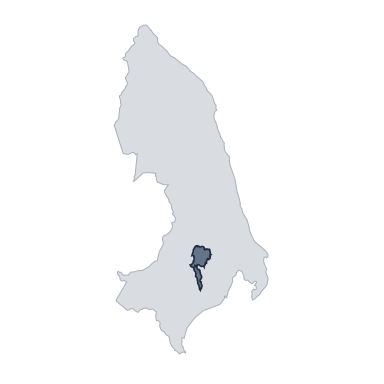 location of Alto Amazonas, Loreto, Peru, rotated 185°
{"feature_id": "86281439B99905701957938", "entity_name": "Alto Amazonas", "entity_type": "district", "adm_level": 2, "iso_a3": "PER", "parent_name": "Peru", "parent_adm1": "Loreto", "projection": "equal_earth", "projection_center": [-76.069, -4.915], "detail": "fine", "context": "in_parent", "style": "filled", "palette": "slate", "viewbox_px": 384, "rotation_deg": 185, "n_neighbors": 0, "source": "geoboundaries", "source_scale": "gbopen_adm2", "svg_char_len": 8584}
<svg xmlns="http://www.w3.org/2000/svg" viewBox="0 0 384 384"><g transform="rotate(185 192 192)"><path d="M259.4,104.7L259.3,105.9L258.2,106.5L257.2,105.6L255.8,105.9L253.6,103.2L248.4,103.6L246.0,106.8L242.6,107.4L238.8,108.9L234.5,109.5L227.7,114.5L226.2,116.6L223.1,119.6L220.6,120.6L219.4,129.7L217.0,135.0L216.0,138.0L217.3,142.4L217.3,144.5L215.9,146.3L214.8,146.5L212.5,148.3L209.0,152.4L208.4,155.5L209.5,159.6L209.1,160.0L206.3,160.8L206.4,163.1L205.8,164.0L208.2,167.2L209.5,168.0L209.6,168.8L209.3,169.7L208.8,170.0L208.8,170.7L210.5,173.2L211.7,178.0L214.2,180.4L214.3,182.0L215.0,183.5L216.3,184.7L219.3,189.5L219.4,191.8L216.2,197.0L221.4,197.0L227.1,198.7L227.9,199.6L228.6,201.9L228.7,203.4L229.8,204.7L229.7,207.5L237.3,207.5L242.2,206.8L250.1,198.2L251.4,197.4L250.7,199.3L250.6,200.7L251.0,202.2L250.1,204.3L249.9,225.4L251.3,224.2L253.2,226.2L254.5,226.3L258.9,223.9L263.9,224.3L275.4,251.8L274.4,253.6L274.4,255.0L273.0,256.2L271.5,258.4L271.3,269.3L270.1,272.6L270.8,274.3L271.4,277.8L272.4,279.8L272.7,281.2L272.5,281.7L270.9,282.8L270.8,284.8L267.8,288.7L267.3,291.3L266.2,292.2L265.9,295.1L268.5,299.9L266.8,302.8L265.2,307.0L267.7,315.9L268.8,317.2L270.0,317.1L271.7,317.9L272.6,319.2L270.4,320.9L270.1,321.7L270.2,324.6L267.8,326.8L264.7,332.4L263.8,332.7L262.2,334.3L261.9,335.2L262.2,336.0L263.5,337.6L263.6,339.7L261.3,342.2L259.8,342.4L259.2,343.1L259.8,346.5L259.7,348.1L259.2,349.9L258.1,351.9L254.7,354.0L251.7,354.3L246.6,349.2L245.0,347.1L239.9,342.8L239.1,338.2L237.4,336.0L234.3,334.3L231.8,332.0L229.9,330.9L225.3,325.7L221.1,324.1L213.2,318.7L209.0,316.9L203.5,311.8L200.6,310.4L198.2,308.1L191.0,303.0L189.9,301.4L188.8,298.9L187.2,297.4L185.4,294.0L182.8,292.0L180.2,289.3L177.1,282.2L175.6,280.5L175.5,277.3L174.4,275.8L176.0,274.7L176.9,269.6L176.4,267.1L172.8,260.3L172.1,257.4L169.4,252.2L168.4,249.0L166.3,246.8L165.4,244.8L164.2,243.9L164.1,241.5L163.3,236.9L162.1,234.6L157.9,230.3L157.4,225.6L156.5,222.3L150.5,209.0L147.1,196.3L144.2,189.1L143.0,185.0L142.9,182.9L140.7,179.1L139.5,175.6L134.7,168.9L131.9,161.5L131.5,159.3L129.6,155.2L126.5,149.9L124.9,147.8L115.6,141.3L111.2,137.2L110.7,135.2L110.9,134.0L111.9,132.9L113.2,133.7L114.0,133.4L114.7,131.9L114.7,129.7L113.8,126.9L110.8,121.4L111.6,118.9L108.6,112.5L109.3,106.3L110.0,104.7L114.5,98.4L115.7,95.7L117.6,94.0L119.6,91.5L122.0,89.6L122.6,90.2L123.4,93.6L123.2,95.8L123.9,98.3L122.3,100.6L120.5,100.1L119.8,100.7L119.5,101.7L119.8,103.5L120.3,104.2L121.6,104.2L119.8,107.5L120.0,108.2L121.2,108.8L122.4,107.9L123.7,106.1L124.4,105.8L129.0,109.0L131.1,108.6L132.7,110.1L132.9,112.5L135.2,117.1L138.6,118.2L139.1,117.8L139.9,116.1L140.7,115.8L140.8,113.3L143.7,110.5L144.2,108.7L143.7,107.4L143.8,106.3L145.5,100.3L146.1,99.6L146.6,97.7L147.3,96.5L148.2,89.7L149.0,89.8L149.8,91.4L150.7,90.9L150.2,89.4L150.4,88.9L153.6,83.5L154.7,82.3L170.3,74.8L178.2,67.1L185.1,56.3L187.2,45.5L188.0,46.2L189.3,46.0L188.9,41.6L189.2,39.5L189.1,38.9L187.0,36.3L186.1,33.4L184.3,31.8L184.3,31.1L186.3,31.8L188.1,31.5L189.7,29.7L190.8,29.8L193.4,32.3L195.3,32.5L195.9,34.3L197.7,35.6L200.4,39.3L201.6,43.4L201.5,44.2L202.7,46.3L205.2,47.4L207.7,50.4L210.4,51.3L211.6,54.0L212.3,54.9L212.6,56.4L212.2,58.3L212.6,59.2L214.6,60.9L216.2,60.9L216.6,61.7L217.5,66.2L216.9,68.5L217.1,69.7L219.3,70.8L220.0,71.8L221.7,72.0L224.2,71.0L227.2,72.4L229.6,71.9L230.7,71.5L231.8,70.5L232.7,70.6L235.1,67.7L235.8,67.5L238.3,68.7L240.5,70.7L243.1,70.3L244.3,69.1L246.2,68.4L249.7,70.9L250.4,72.0L251.4,72.2L255.1,74.6L255.8,75.6L257.8,76.5L258.2,77.3L258.0,78.2L249.2,96.6L251.9,98.1L254.5,97.2L255.8,98.4L256.7,101.4L258.7,103.4L259.4,104.7Z" fill="#d9dde1" stroke="#a8b0b8" stroke-width="1"/><path d="M186.0,131.4L186.1,130.9L186.3,130.3L186.4,129.4L186.6,128.6L186.0,128.9L185.7,128.9L185.3,128.7L185.0,128.6L184.5,128.4L184.5,128.2L184.7,127.9L184.3,127.6L184.1,127.4L184.1,127.2L184.4,126.7L184.3,126.2L184.0,125.5L184.0,124.9L184.0,124.6L184.4,124.1L184.2,123.6L184.2,123.3L184.3,123.3L184.7,123.3L184.8,123.0L184.8,122.8L184.8,122.6L184.4,122.1L184.5,121.8L185.8,120.4L186.1,119.7L186.4,119.4L186.7,119.2L187.2,119.3L187.5,119.3L187.2,118.5L187.0,118.2L186.8,117.9L186.1,117.5L185.8,117.3L185.6,117.3L184.9,117.3L184.7,117.2L184.3,117.1L184.1,117.1L183.8,117.1L183.7,117.0L183.5,116.7L183.5,116.4L183.6,116.2L183.8,115.7L183.0,115.0L183.0,114.9L183.1,114.6L183.0,114.0L182.8,113.7L182.0,113.1L181.6,112.9L181.4,112.8L181.3,112.3L181.4,111.7L181.3,111.2L181.2,111.1L180.9,111.0L180.8,110.9L181.0,110.2L181.0,109.7L181.0,109.3L181.1,109.0L181.1,108.9L181.2,108.6L181.1,108.2L180.8,107.9L180.2,107.4L180.0,107.2L179.7,107.1L179.5,106.9L179.2,106.4L179.0,105.8L179.2,105.4L179.2,105.1L179.1,104.4L178.5,103.8L178.4,103.7L178.4,103.4L178.5,102.7L178.5,102.1L178.4,102.0L178.3,101.8L178.3,101.4L178.2,101.2L177.9,101.2L177.5,100.5L177.5,100.1L177.4,99.8L177.2,99.6L177.0,99.3L176.7,99.1L176.7,98.7L176.6,98.4L176.6,97.9L176.6,97.5L176.5,97.3L176.2,96.9L176.1,96.7L176.1,95.9L175.9,95.9L175.8,96.1L175.7,96.2L175.7,95.7L175.6,95.3L175.5,95.1L175.3,95.1L175.2,95.1L175.0,94.8L174.9,95.5L174.9,95.9L175.0,96.1L174.9,96.4L174.7,96.5L174.4,96.5L174.2,96.7L174.3,97.3L174.1,97.9L173.9,98.1L173.8,98.5L173.8,99.2L173.9,99.8L174.1,100.2L174.2,100.5L174.7,101.3L174.8,101.7L174.8,102.0L175.0,102.5L175.5,102.9L175.5,103.0L175.3,103.2L175.2,103.3L175.6,103.4L175.9,103.7L176.2,103.8L176.1,104.0L176.1,104.4L176.3,104.8L176.3,105.0L176.3,105.3L176.0,105.6L175.7,105.9L175.4,106.2L175.4,106.4L175.4,106.6L175.1,106.9L175.1,107.1L175.3,107.3L175.3,107.5L175.2,107.6L174.9,107.9L174.9,108.1L174.9,108.3L175.1,108.7L175.2,109.1L175.4,109.7L175.8,109.9L175.9,110.2L176.3,110.4L176.3,110.5L176.1,110.5L176.5,111.4L176.7,111.6L176.6,112.5L176.8,112.7L177.1,112.8L177.2,113.1L177.1,113.9L177.1,114.2L177.1,114.4L177.5,114.8L178.0,114.6L178.3,115.2L178.4,115.4L179.0,115.1L179.3,115.7L179.4,115.8L179.6,115.9L179.8,116.1L180.2,116.6L180.4,116.8L181.1,117.3L181.5,117.7L181.6,117.9L182.0,118.0L182.6,118.4L182.7,118.6L182.7,119.1L182.2,118.7L181.3,118.9L180.8,119.2L180.7,119.2L180.6,118.8L180.4,118.7L180.4,119.9L180.2,119.8L179.8,119.8L179.6,119.9L179.4,120.2L179.0,120.2L178.8,120.1L178.4,119.9L177.4,119.0L176.9,118.7L176.0,118.7L175.2,118.8L174.9,118.9L174.4,118.9L174.0,119.3L173.8,119.3L173.7,119.3L173.7,119.2L173.7,118.7L173.5,118.4L173.3,118.1L173.3,118.3L173.3,118.6L173.4,119.5L173.2,119.8L173.0,120.0L172.8,120.2L172.8,120.5L172.6,120.7L172.6,120.8L172.7,121.1L172.7,121.3L172.6,121.5L172.4,121.5L172.5,122.2L172.6,122.6L172.4,122.7L171.9,122.6L171.7,122.2L171.5,122.4L171.3,122.4L171.3,122.8L171.5,122.9L171.5,123.2L171.6,123.4L171.6,123.7L171.6,124.0L171.7,124.4L171.6,124.5L171.3,124.3L171.2,124.8L170.9,125.9L171.1,126.2L171.0,126.3L170.9,126.4L170.9,126.5L170.7,126.5L170.2,127.1L169.9,127.0L169.8,126.8L169.7,126.8L169.7,126.7L169.6,126.4L169.4,126.5L169.3,126.4L169.3,126.2L169.1,126.3L168.8,126.9L168.3,127.3L168.3,127.5L168.2,127.6L168.1,127.9L168.1,128.1L168.3,128.5L168.6,129.0L168.3,129.1L168.2,129.2L168.1,129.4L168.2,129.5L168.2,129.8L168.2,129.7L168.3,129.8L168.5,129.7L168.6,129.8L168.5,130.0L168.4,130.2L168.4,130.4L168.4,130.5L168.6,130.6L168.5,130.8L168.4,130.8L168.1,130.7L168.0,130.8L167.9,130.8L167.9,131.3L167.6,131.5L167.8,131.6L168.2,131.6L168.3,131.7L168.4,131.9L168.4,132.2L168.5,132.6L168.5,132.8L168.4,133.0L168.5,133.3L168.5,133.7L168.7,134.1L168.9,134.2L168.9,134.4L169.1,134.4L169.1,134.8L169.2,135.2L169.2,135.3L169.4,135.3L169.5,135.4L169.4,135.5L169.5,135.8L169.3,136.1L169.4,136.3L169.7,136.3L169.9,136.5L170.1,136.4L170.4,136.4L170.5,136.4L170.8,136.3L171.1,136.4L171.2,136.5L171.3,136.5L171.6,136.5L171.9,136.2L172.1,136.4L172.3,136.5L172.5,136.3L173.0,136.5L173.1,136.4L173.5,136.3L173.7,136.1L173.9,135.6L174.1,135.4L174.4,135.8L174.6,136.0L174.8,136.8L174.9,137.0L175.2,137.2L175.1,137.5L175.1,137.8L175.3,138.0L175.6,138.1L175.8,138.4L176.0,138.4L176.1,138.5L176.7,138.6L177.4,138.8L178.2,138.1L178.5,138.0L178.8,138.0L179.1,137.8L179.2,137.7L179.3,137.9L179.9,138.0L180.0,138.1L180.1,138.3L180.3,138.6L180.7,138.6L181.2,138.8L181.5,138.7L181.4,138.6L181.4,138.4L181.3,138.2L181.5,138.1L181.8,138.0L182.1,138.1L182.1,138.3L182.3,138.3L182.4,138.5L182.4,138.8L182.6,138.7L182.6,138.8L182.8,138.7L182.9,138.8L183.0,138.8L183.0,138.7L183.4,138.2L183.5,138.2L183.6,137.9L183.8,138.0L184.0,138.0L184.1,137.8L184.3,137.7L184.3,136.9L184.4,136.7L184.6,136.6L184.9,136.4L185.0,136.3L185.1,136.1L185.1,135.5L185.4,135.1L185.6,134.4L185.8,133.8L185.5,132.9L185.5,132.6L185.6,132.4L185.7,132.1L185.9,131.8L186.0,131.4Z" fill="#64748b" stroke="#1e293b" stroke-width="1.5"/></g></svg>